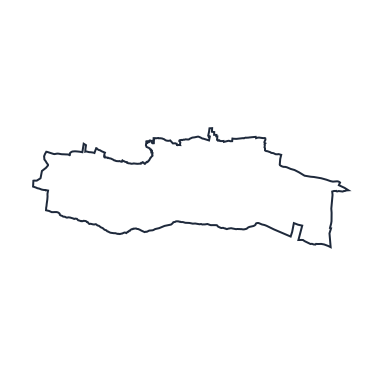 Gherghesti, Vaslui, Romania (Equal Earth projection), rotated 296°
{"feature_id": "2599482B70910765176420", "entity_name": "Gherghesti", "entity_type": "district", "adm_level": 2, "iso_a3": "ROU", "parent_name": "Romania", "parent_adm1": "Vaslui", "projection": "equal_earth", "projection_center": [27.522, 46.523], "detail": "fine", "context": "isolated", "style": "outline", "palette": "slate", "viewbox_px": 384, "rotation_deg": 296, "n_neighbors": 0, "source": "geoboundaries", "source_scale": "gbopen_adm2", "svg_char_len": 6074}
<svg xmlns="http://www.w3.org/2000/svg" viewBox="0 0 384 384"><g transform="rotate(296 192 192)"><path d="M265.4,320.9L265.6,319.7L265.5,318.5L265.2,317.7L263.1,314.1L262.5,311.8L262.0,307.5L261.0,302.1L258.9,294.9L257.8,292.1L256.0,286.0L256.6,279.5L256.7,274.5L256.0,270.6L255.8,266.4L255.4,264.6L254.8,263.4L254.5,262.0L254.5,260.2L254.7,259.3L255.0,258.9L260.4,256.8L264.5,255.9L264.0,253.2L263.2,252.0L262.6,250.5L262.6,248.2L261.9,246.0L262.1,245.1L261.7,241.8L261.3,240.7L261.4,239.4L263.4,238.4L263.9,237.6L265.7,237.1L266.5,236.4L267.9,236.6L268.0,235.6L268.5,235.2L269.6,235.1L270.8,235.1L271.3,235.0L272.4,234.3L272.4,233.8L271.6,232.3L270.3,228.3L269.4,226.9L268.5,226.0L269.5,225.1L266.2,219.7L265.3,218.4L265.2,218.1L264.6,217.1L264.5,216.6L263.4,215.3L263.0,215.1L262.8,214.3L259.2,208.6L257.9,205.6L257.9,205.1L257.8,204.9L255.3,205.8L254.4,204.1L254.3,203.1L254.0,202.3L251.0,198.7L251.7,198.0L251.2,197.3L251.1,196.8L250.4,195.7L250.3,195.2L250.4,193.8L250.0,193.9L249.9,193.3L249.5,192.9L249.9,191.6L253.1,190.4L252.7,189.4L254.0,188.9L253.1,186.8L255.6,185.7L254.9,183.5L258.2,182.1L256.9,179.8L254.0,180.8L249.7,181.9L249.8,183.0L248.9,183.2L249.3,183.8L245.8,184.7L244.9,178.7L244.6,177.9L244.7,175.9L244.6,173.6L244.2,172.8L242.3,170.4L241.0,168.4L238.8,166.6L238.2,166.4L237.5,165.6L236.5,163.1L235.7,162.3L235.2,161.2L234.6,160.8L234.3,160.3L234.2,159.7L233.2,158.3L232.8,158.1L232.2,158.2L231.6,159.6L231.4,159.8L229.5,160.3L229.0,160.8L228.4,159.3L227.7,158.4L227.6,157.9L228.6,157.1L228.4,156.8L228.5,155.8L227.3,153.5L228.8,149.8L228.0,149.0L227.5,148.0L227.1,146.8L226.9,145.5L227.2,144.0L227.0,141.6L226.3,139.6L225.7,138.7L225.8,138.1L224.5,136.1L224.3,135.3L223.6,133.9L222.5,134.4L222.3,134.6L222.4,135.0L222.0,135.1L221.9,134.8L221.6,134.6L220.5,135.7L219.1,136.3L218.6,135.5L218.5,134.9L219.1,133.8L220.2,133.7L220.0,131.8L219.8,131.4L219.3,131.1L219.0,131.3L219.0,131.6L218.2,131.5L218.2,129.8L217.6,128.8L217.0,128.9L217.0,130.5L216.6,131.3L216.6,130.6L216.2,129.8L215.3,129.6L213.8,130.1L212.8,131.2L212.6,131.4L212.7,134.0L212.6,134.9L212.3,135.1L212.2,135.5L212.2,136.3L212.2,136.5L211.4,136.7L211.4,137.3L211.6,137.9L211.5,138.0L211.3,138.1L211.1,137.8L210.4,137.7L209.6,138.2L210.0,140.1L209.7,139.7L209.2,139.6L208.1,139.8L207.8,140.0L207.7,140.4L207.2,140.6L205.7,140.0L205.0,140.0L204.6,139.7L201.6,139.6L201.2,139.2L200.4,139.2L199.3,138.8L199.2,138.1L196.6,137.3L196.6,136.9L196.9,136.4L196.9,136.0L197.2,135.6L197.2,134.6L196.8,134.4L196.4,134.4L196.2,134.0L195.9,133.5L195.0,133.6L194.4,132.3L193.4,130.6L192.4,127.9L192.2,127.2L191.5,126.4L190.7,124.8L190.6,124.0L189.9,122.1L189.8,120.9L190.3,120.7L190.3,120.2L190.0,119.7L189.8,118.1L189.9,117.2L189.7,116.7L189.9,115.6L189.1,115.5L188.4,115.6L188.1,114.4L188.0,113.2L187.5,112.6L186.7,110.6L186.5,109.4L186.6,108.9L186.3,108.3L186.5,107.2L186.5,104.4L186.0,102.6L186.0,101.5L185.6,101.2L185.7,100.8L185.7,100.4L184.8,98.4L184.8,98.2L185.6,98.0L185.4,97.6L185.6,97.3L188.0,96.6L189.2,96.5L189.0,92.8L189.2,91.3L188.9,89.6L189.1,88.0L189.5,87.2L189.4,86.7L184.3,87.2L184.2,86.2L183.4,83.7L182.7,82.0L182.2,79.6L181.9,78.8L181.5,78.4L184.1,77.3L187.6,76.2L187.9,73.5L179.7,76.0L178.9,73.2L177.8,70.2L176.9,68.3L176.0,66.8L175.2,66.1L173.8,65.4L172.7,65.4L171.9,66.0L171.5,65.9L171.4,64.2L168.7,58.0L168.0,55.4L167.4,54.0L165.8,51.8L165.5,50.8L164.5,44.0L164.3,43.4L161.6,43.2L159.3,43.4L156.5,45.1L155.5,47.1L154.6,48.4L153.6,50.3L153.3,50.7L152.7,50.9L149.8,50.2L145.1,47.9L138.1,49.8L137.7,49.7L134.2,47.5L133.8,46.8L133.0,45.0L132.6,44.5L127.2,46.8L127.6,50.0L127.6,51.3L128.1,53.3L128.3,55.8L128.8,57.7L129.6,59.6L129.4,59.9L129.7,60.2L130.2,62.0L127.0,62.9L124.5,64.2L121.7,65.3L117.7,66.6L115.5,67.4L114.0,67.8L111.6,68.8L112.3,71.8L112.4,74.7L114.6,79.1L114.9,80.4L114.7,82.0L114.4,82.6L113.6,83.2L113.4,84.2L113.6,86.0L113.4,87.0L114.0,88.5L114.0,90.3L114.3,91.1L115.0,91.9L115.6,93.6L116.2,97.3L116.1,97.9L116.9,98.7L117.4,100.3L116.7,102.1L117.0,103.4L117.1,104.9L117.6,105.6L117.5,106.0L118.3,107.0L118.6,107.2L119.2,108.9L119.3,110.0L118.9,110.7L119.2,111.4L118.4,113.0L118.3,113.8L119.0,114.8L119.5,117.2L119.9,118.3L120.8,119.5L120.9,120.2L120.5,121.6L120.8,123.2L120.3,125.5L120.4,127.6L119.8,129.6L119.8,130.8L120.0,131.9L119.7,132.4L119.5,133.3L119.7,133.8L119.6,135.6L119.7,136.7L120.6,139.5L121.4,141.3L121.7,143.4L122.1,143.9L122.2,144.8L122.5,145.1L122.6,145.6L123.8,147.0L123.9,147.3L125.8,148.9L126.2,149.5L126.3,151.0L128.0,151.6L128.1,152.0L128.6,152.3L129.5,152.5L130.0,153.2L131.0,153.3L131.4,153.6L132.3,154.3L132.4,154.7L133.2,155.2L133.3,155.7L133.7,155.9L133.9,156.4L134.7,157.7L134.7,158.8L135.1,159.8L135.2,161.5L135.1,163.6L135.2,167.0L136.2,168.1L136.4,168.8L138.6,170.5L140.2,173.2L140.8,173.9L142.6,175.2L145.1,178.3L149.5,182.2L153.5,187.4L154.7,188.0L155.9,188.4L156.7,188.5L157.6,189.8L158.6,190.5L159.5,192.2L159.8,193.3L159.7,193.7L160.1,194.3L160.1,195.2L161.0,197.1L161.4,199.5L163.0,203.1L163.9,206.6L165.1,208.7L166.3,212.9L167.2,214.2L167.3,215.4L168.6,217.9L170.0,219.9L170.3,222.7L170.5,223.6L172.0,226.5L173.0,228.8L172.9,229.5L172.4,230.2L172.3,231.6L172.4,232.6L172.3,232.9L172.5,234.2L173.4,235.6L173.6,237.4L173.8,237.7L173.7,238.3L173.9,238.8L173.8,239.2L174.0,239.7L175.1,240.8L176.6,243.0L177.9,247.9L178.6,248.9L180.3,252.8L180.8,254.4L181.4,255.4L182.9,257.2L184.5,257.9L185.7,258.8L188.4,262.2L189.5,263.0L190.4,263.4L191.4,263.3L192.1,263.5L193.0,264.7L193.3,265.5L193.5,269.1L194.1,271.6L194.3,273.8L194.3,282.0L195.2,300.2L200.1,299.5L208.7,297.2L209.1,301.7L210.1,305.8L195.5,308.7L197.0,311.6L197.5,312.8L197.2,314.8L197.2,321.3L198.0,322.5L198.2,324.3L198.9,326.0L199.7,326.2L200.6,328.3L202.0,330.9L202.8,333.9L203.2,338.1L203.2,340.8L215.1,333.7L220.3,332.9L220.1,332.2L220.1,331.8L224.6,330.9L226.9,330.2L234.5,326.6L238.1,324.5L251.0,319.6L253.9,317.8L255.1,319.1L255.7,320.2L255.9,320.9L256.2,321.2L256.0,321.7L256.3,322.5L257.0,323.2L257.3,323.8L258.5,327.3L259.3,327.9L259.9,328.9L261.2,330.2L262.1,331.8L262.6,327.3L262.5,321.0L265.4,320.9Z" fill="none" stroke="#1e293b" stroke-width="2"/></g></svg>